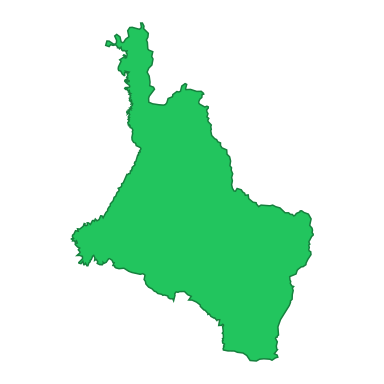 outline of Lebríja, Santander, Colombia
{"feature_id": "7082276B58843088778995", "entity_name": "Lebríja", "entity_type": "district", "adm_level": 2, "iso_a3": "COL", "parent_name": "Colombia", "parent_adm1": "Santander", "projection": "orthographic", "projection_center": [-73.316, 7.235], "detail": "fine", "context": "isolated", "style": "filled", "palette": "green", "viewbox_px": 384, "rotation_deg": 0, "n_neighbors": 0, "source": "geoboundaries", "source_scale": "gbopen_adm2", "svg_char_len": 5939}
<svg xmlns="http://www.w3.org/2000/svg" viewBox="0 0 384 384"><path d="M308.4,214.1L304.0,212.5L301.7,210.8L300.2,210.9L299.7,212.0L296.4,213.4L294.8,215.5L293.7,215.9L292.3,214.4L290.4,214.4L288.6,212.8L285.1,212.8L280.0,207.9L275.7,206.7L272.7,205.1L270.0,205.8L261.0,205.1L258.7,206.6L256.6,204.2L256.1,202.7L253.0,202.2L248.7,198.6L248.2,194.9L245.3,195.3L244.6,193.2L242.7,192.0L241.3,189.8L237.1,188.5L235.5,191.2L234.0,191.0L232.4,188.2L231.6,184.7L232.4,180.8L231.6,177.5L232.7,173.8L231.2,170.2L231.5,167.7L229.9,165.7L230.6,161.1L229.6,156.8L227.0,154.2L226.7,149.9L221.9,147.8L220.5,145.5L220.5,142.9L217.8,141.8L216.6,139.6L214.7,138.7L211.7,135.5L210.7,130.5L211.3,129.6L210.8,126.7L211.3,125.0L208.2,121.7L207.8,120.2L208.8,118.4L206.9,116.9L208.0,113.7L206.9,111.8L206.7,109.8L208.2,108.2L208.3,106.9L206.9,106.2L204.8,107.0L199.6,104.1L198.8,103.1L198.8,101.5L199.9,99.1L201.8,97.5L202.1,94.5L203.7,94.2L203.5,93.3L201.2,91.3L196.7,91.4L190.5,89.4L185.9,89.6L185.6,88.5L186.7,84.4L185.1,83.6L181.8,86.0L180.5,91.2L178.8,92.0L176.9,91.5L172.8,94.6L172.5,96.7L168.1,98.5L166.8,102.8L165.4,104.5L163.6,105.1L159.3,104.8L152.6,103.8L148.8,102.2L148.6,98.2L149.3,96.1L154.5,89.2L153.5,87.2L149.7,85.7L150.0,82.1L149.2,76.1L147.1,72.1L148.8,68.1L151.9,65.0L153.0,59.0L151.7,56.5L152.8,51.7L149.0,50.2L147.8,48.9L147.4,42.3L146.4,40.0L147.9,37.2L148.3,33.3L143.6,28.6L144.0,26.2L142.4,23.0L140.7,23.0L141.4,27.5L139.5,29.3L132.2,27.3L129.8,27.5L127.7,30.7L128.9,36.7L125.6,39.2L123.7,42.3L122.3,42.6L121.1,41.8L120.0,36.9L116.7,34.4L114.7,36.0L116.6,40.3L116.4,42.8L115.4,44.0L113.5,44.1L109.1,41.1L106.9,41.0L105.7,45.4L109.1,46.6L110.6,44.7L113.1,45.4L115.6,44.8L117.5,46.7L117.5,47.7L118.7,47.7L119.4,48.8L121.0,47.2L121.6,49.8L123.0,50.9L124.0,50.4L125.5,51.2L127.0,50.9L126.2,52.8L127.2,54.1L126.5,57.6L125.3,58.0L125.3,55.4L123.9,54.8L123.4,55.4L124.5,55.9L124.3,56.8L119.7,59.8L121.1,61.2L118.4,67.0L118.2,69.0L118.7,70.5L120.7,71.1L122.3,74.0L124.2,75.6L124.7,75.4L124.6,72.5L126.7,72.7L125.6,71.3L129.1,72.1L127.3,74.0L127.8,75.5L126.7,77.3L127.7,77.7L127.6,78.5L124.9,80.2L124.7,81.1L125.5,82.1L127.2,80.0L129.1,80.6L129.1,81.6L127.6,81.8L126.6,83.2L129.5,85.4L129.7,86.8L129.2,87.3L125.3,87.6L124.7,88.5L125.7,89.4L127.4,88.5L126.9,89.7L128.4,90.8L129.3,90.4L129.5,92.0L128.6,91.2L128.3,91.9L130.4,93.3L129.5,93.4L128.9,94.2L130.7,95.2L130.1,96.2L130.6,97.4L129.5,98.1L130.0,98.4L129.5,100.2L130.6,100.4L130.1,101.2L130.9,101.9L131.5,100.7L131.8,102.5L131.1,104.1L132.6,103.8L132.3,105.4L130.8,106.7L131.5,108.1L129.8,108.1L130.9,109.7L129.2,109.5L129.2,110.5L128.4,110.2L128.5,111.0L127.2,111.1L126.7,112.1L127.2,113.2L128.5,112.7L127.9,113.8L129.0,113.1L129.7,114.5L128.4,116.6L129.4,117.5L128.4,118.0L129.2,119.1L128.1,119.5L129.2,120.9L127.8,122.5L128.4,125.0L129.4,124.9L129.2,126.0L130.2,126.1L130.1,127.5L132.0,128.3L132.9,130.3L132.3,131.4L132.7,133.5L131.9,137.2L132.1,139.9L133.6,142.3L135.6,143.2L136.2,145.6L140.4,147.6L141.0,148.9L139.6,150.9L140.2,151.6L139.8,152.4L138.6,152.5L138.5,155.0L137.7,155.1L135.8,161.5L134.8,162.0L134.4,163.4L135.0,164.1L134.8,165.0L132.1,167.4L132.4,168.4L131.6,169.3L131.6,170.7L130.4,170.9L130.1,173.5L128.6,173.7L127.7,174.6L126.9,174.4L123.3,182.8L121.6,183.8L121.7,185.9L120.7,187.2L118.2,188.3L119.0,189.5L119.0,190.8L117.0,192.6L115.7,196.3L114.1,197.3L113.2,200.7L110.3,203.9L110.2,206.0L108.9,207.1L107.7,209.2L107.6,210.8L105.9,212.5L103.1,217.8L102.0,215.9L100.7,215.8L99.1,219.6L97.0,220.8L95.3,219.0L94.3,221.2L93.5,220.5L92.5,220.6L90.4,224.5L88.6,222.9L87.2,222.8L87.4,225.1L86.0,225.7L84.9,225.4L85.1,223.8L84.2,223.5L83.2,226.3L79.7,229.1L77.5,228.8L78.2,231.2L75.5,230.7L73.9,234.1L72.6,235.1L72.4,236.7L73.5,238.4L70.8,239.0L73.0,239.3L72.5,240.9L74.6,240.9L75.2,242.2L76.5,240.8L77.3,243.0L75.3,243.5L75.2,244.5L77.7,247.1L79.7,248.1L78.3,249.8L79.9,251.8L80.0,252.7L77.0,255.5L79.5,255.4L82.4,256.4L82.5,258.8L78.8,262.5L78.9,263.1L81.0,263.7L82.9,261.4L83.8,264.7L84.6,264.6L85.5,263.2L87.0,265.8L87.9,265.7L88.9,262.9L90.2,261.7L90.1,260.5L91.3,259.6L92.6,256.2L93.7,255.4L94.9,258.0L94.6,260.4L96.2,259.4L97.8,261.7L97.2,263.4L100.1,264.8L100.9,264.4L102.0,264.9L103.3,263.5L103.2,262.4L104.1,263.3L106.2,262.3L108.6,258.8L109.5,258.6L112.0,260.2L113.1,262.7L114.1,262.8L112.9,265.5L114.6,265.9L114.8,267.0L115.9,267.9L119.0,268.7L123.9,268.2L128.8,271.3L132.0,272.5L140.2,274.3L142.8,273.7L144.2,274.4L145.0,275.2L144.1,279.6L145.4,281.3L145.9,284.0L148.6,287.1L152.0,288.8L154.3,291.2L155.9,291.7L157.9,293.5L161.7,294.3L162.8,295.3L164.4,295.0L167.9,296.0L168.2,297.6L170.1,298.8L172.8,298.8L173.6,300.7L175.0,295.3L174.7,293.7L176.2,291.9L178.0,292.3L179.5,291.6L184.5,291.5L187.7,294.7L191.3,296.3L188.7,300.0L192.1,300.1L196.5,302.1L200.3,305.0L200.3,306.4L203.8,309.9L205.1,310.3L208.0,313.5L207.9,314.4L209.4,314.0L210.9,316.4L214.0,318.1L214.7,317.9L216.9,320.5L217.4,319.8L219.7,319.7L218.7,325.5L221.4,325.3L222.5,324.3L223.4,324.6L223.5,325.8L222.6,326.3L223.3,331.7L222.3,333.2L223.3,334.2L223.4,338.1L222.5,338.6L223.1,340.4L222.4,340.8L222.7,343.0L224.5,344.1L223.5,346.1L224.0,346.6L223.1,348.6L223.4,350.0L227.9,350.9L234.3,351.0L237.4,352.3L243.0,353.0L246.8,355.5L250.1,360.5L256.4,361.0L259.6,359.2L263.9,358.8L269.9,359.2L272.0,360.2L275.6,357.8L277.8,357.2L277.2,355.1L274.3,353.7L277.5,349.6L276.8,349.2L276.3,346.0L277.3,341.8L275.5,338.6L276.0,337.3L277.1,337.2L277.4,335.9L278.5,335.0L277.9,326.9L280.5,319.6L289.3,305.5L290.5,302.3L290.4,301.0L292.1,299.3L292.3,294.6L293.2,290.6L292.4,288.0L293.6,286.5L291.8,285.9L290.3,283.4L290.7,281.4L289.9,279.8L289.7,276.6L296.0,274.0L297.2,270.3L298.3,269.1L301.4,266.8L303.0,266.7L305.9,264.7L306.1,263.0L307.9,259.3L311.0,254.6L310.7,251.7L309.3,251.0L308.7,249.5L309.3,247.6L308.7,245.1L309.8,244.2L308.8,241.9L311.7,236.4L313.1,235.2L313.2,234.1L312.1,232.7L312.5,230.1L312.0,228.1L309.7,225.4L311.1,218.9L308.4,214.1Z" fill="#22c55e" stroke="#15803d" stroke-width="1.5"/></svg>